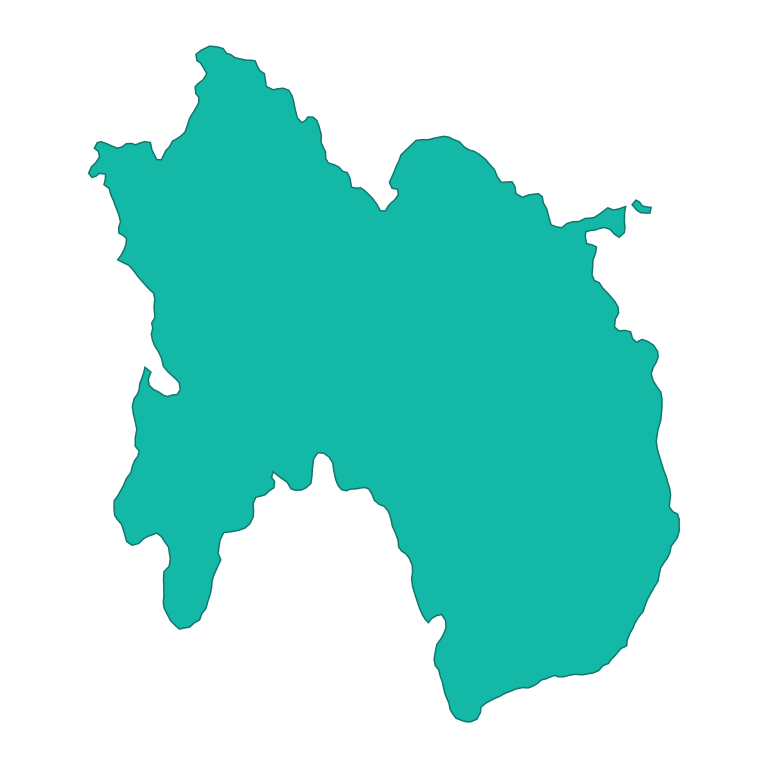 Ferros, Minas Gerais, Brazil
{"feature_id": "56859067B7555169296661", "entity_name": "Ferros", "entity_type": "district", "adm_level": 2, "iso_a3": "BRA", "parent_name": "Brazil", "parent_adm1": "Minas Gerais", "projection": "equal_earth", "projection_center": [-42.959, -19.247], "detail": "fine", "context": "isolated", "style": "filled", "palette": "teal", "viewbox_px": 768, "rotation_deg": 0, "n_neighbors": 0, "source": "geoboundaries", "source_scale": "gbopen_adm2", "svg_char_len": 5995}
<svg xmlns="http://www.w3.org/2000/svg" viewBox="0 0 768 768"><path d="M598.6,670.6L603.2,665.5L608.4,663.5L611.5,659.0L615.4,655.2L620.8,648.6L626.7,645.8L627.2,640.1L629.6,634.0L632.8,628.4L634.7,623.5L638.2,617.6L643.1,611.5L644.8,606.3L647.3,599.6L651.3,592.4L653.9,587.7L658.0,581.0L659.3,573.7L660.6,568.0L664.1,562.4L667.0,558.5L669.6,553.4L671.2,546.1L674.4,541.8L677.3,537.6L679.4,530.5L679.1,524.9L679.2,519.2L677.4,513.9L672.8,511.7L669.3,506.9L669.8,501.2L670.6,495.3L669.6,488.0L667.7,482.4L666.3,476.9L663.9,470.8L661.8,464.1L659.1,455.3L657.2,448.5L656.2,440.9L657.9,430.2L660.6,420.9L661.5,412.8L662.0,406.7L662.0,399.2L660.8,392.1L657.1,387.1L653.2,380.8L651.2,373.8L653.2,367.4L656.4,362.0L658.1,357.2L657.7,351.6L653.3,345.0L647.7,341.4L642.2,339.4L636.3,342.2L632.5,338.5L630.6,331.8L624.8,330.4L619.0,330.9L614.5,327.0L615.3,319.1L618.6,313.1L618.0,307.0L615.0,301.7L611.1,297.1L607.1,292.6L602.7,288.1L599.2,282.7L594.3,280.5L592.0,274.8L592.6,268.3L592.9,260.2L595.6,252.9L596.4,246.9L592.2,244.9L586.6,243.6L585.3,237.1L585.7,231.9L589.7,230.6L595.2,230.0L599.4,228.5L604.4,227.5L610.1,229.4L614.3,234.0L619.1,237.3L624.3,232.6L625.0,227.2L624.4,221.6L624.6,212.6L625.6,206.5L618.9,208.9L613.4,210.0L607.8,207.8L603.1,211.4L598.5,214.8L594.1,217.5L589.9,218.2L585.1,218.4L579.2,221.5L572.7,221.8L566.9,223.5L561.7,227.8L556.7,226.9L551.1,224.9L548.7,216.5L546.8,209.2L543.3,202.7L542.3,196.8L538.5,193.7L529.5,194.7L522.3,197.3L516.0,193.6L514.8,186.3L512.0,181.8L507.0,182.0L501.3,182.4L497.3,176.8L494.4,169.6L489.8,164.6L485.8,159.7L479.7,154.7L474.2,151.3L469.8,150.2L464.5,147.3L459.3,141.7L453.9,139.7L449.0,137.2L443.6,136.3L439.0,137.2L434.6,138.1L428.6,139.7L421.6,139.7L416.1,140.4L411.7,144.6L406.8,149.3L400.9,155.0L398.7,161.7L396.4,165.8L394.2,171.6L391.5,177.9L389.4,182.4L392.1,188.3L397.6,189.2L398.4,194.7L394.8,199.8L390.9,203.1L387.9,206.5L385.6,210.8L380.4,210.8L376.7,204.1L372.8,198.7L368.1,193.9L364.6,190.5L360.6,187.8L356.4,188.3L351.4,187.1L350.1,178.4L347.3,172.7L342.6,171.3L339.0,167.1L334.3,164.8L328.3,162.9L325.6,158.3L325.6,151.9L323.2,147.3L321.1,142.4L321.3,134.9L319.0,126.2L316.9,120.6L313.1,117.2L307.9,116.9L305.4,120.6L301.8,122.5L297.4,118.0L295.1,109.0L293.7,101.9L292.2,96.0L288.7,90.2L282.9,88.2L277.0,88.9L273.2,89.8L266.3,86.4L265.3,79.7L264.4,73.8L259.6,70.4L257.2,65.9L255.2,61.0L251.2,60.2L246.8,60.2L241.1,59.1L235.0,57.7L230.6,54.5L226.5,53.4L223.2,48.6L217.8,47.0L209.6,46.1L204.9,48.4L200.6,50.6L195.9,54.5L197.0,60.7L200.5,63.0L203.3,67.5L206.8,73.7L203.3,79.6L198.5,83.3L195.1,86.8L195.8,93.5L199.1,97.7L198.5,103.3L194.6,110.2L189.9,117.7L187.4,125.3L185.0,132.1L181.1,135.8L177.2,138.6L172.4,141.2L169.7,146.5L165.8,150.7L163.6,155.2L161.3,159.8L156.9,159.7L154.6,155.3L152.0,150.2L150.4,142.6L144.9,141.7L140.1,142.9L135.7,144.8L131.6,143.5L126.2,143.7L122.0,146.9L117.6,148.2L112.3,146.2L106.7,143.7L101.2,141.7L97.3,142.6L94.3,148.2L98.3,151.4L99.6,156.7L96.0,162.4L91.4,166.9L88.6,173.2L92.0,177.5L96.0,176.1L99.2,173.4L105.6,174.1L105.3,179.3L104.0,184.7L109.2,188.5L111.0,195.3L113.4,200.4L115.5,206.3L118.9,214.8L120.5,222.0L118.7,227.2L118.9,233.1L122.9,235.3L126.5,238.4L126.0,244.1L124.4,248.9L121.5,254.6L117.7,259.8L123.3,262.7L128.8,265.2L133.2,270.1L137.8,276.3L143.3,282.7L146.9,286.8L150.2,290.1L153.5,293.1L154.8,298.8L154.0,307.5L155.0,317.4L151.7,323.0L152.8,328.4L151.3,334.1L152.6,340.5L154.9,346.2L158.6,351.8L161.7,358.8L163.3,366.2L168.0,371.9L172.7,376.1L176.3,379.4L179.3,382.9L180.2,389.8L177.1,394.6L172.5,395.0L167.3,396.6L163.3,395.2L158.9,392.1L153.4,389.4L149.2,385.3L148.2,379.5L150.9,372.1L145.0,367.3L143.6,373.2L141.5,379.2L139.7,384.0L139.1,390.1L137.2,394.6L134.1,398.6L132.4,406.3L133.3,413.5L135.3,421.8L136.8,429.4L135.3,437.6L135.2,446.1L139.2,451.0L137.9,456.2L134.8,460.3L132.5,465.9L130.9,472.5L126.2,478.9L123.8,484.9L120.9,490.2L117.8,495.8L114.2,500.6L114.0,507.8L114.6,515.3L117.4,519.5L121.6,524.4L124.3,532.8L126.6,541.5L132.0,545.2L138.7,543.5L143.2,539.0L147.4,536.5L151.4,535.1L157.0,533.2L161.6,536.8L164.6,541.6L168.6,547.2L169.4,553.4L170.3,558.5L169.2,566.3L164.0,571.7L163.5,578.7L163.8,586.3L163.9,595.4L163.3,602.1L164.0,607.7L166.9,613.7L170.7,620.8L175.6,625.8L179.5,629.1L184.1,628.0L189.5,627.2L194.4,622.8L199.6,619.9L201.6,614.0L206.0,608.3L207.9,601.2L210.4,593.5L211.6,587.4L212.0,581.8L213.3,576.4L216.0,570.3L218.7,564.3L220.8,559.8L218.1,553.4L219.1,546.0L220.0,540.1L223.8,532.5L232.1,531.6L238.7,530.3L245.1,528.0L249.8,523.8L253.3,516.7L253.6,510.2L253.1,503.7L255.8,497.2L260.7,496.1L265.3,494.7L269.3,490.8L273.9,487.7L274.6,481.5L271.6,477.3L273.3,471.7L277.5,475.3L282.1,478.7L287.2,482.3L291.1,488.9L295.2,490.2L301.4,490.0L306.2,487.7L310.9,483.4L311.9,476.4L312.4,468.6L313.6,459.0L317.7,452.8L323.5,453.1L329.0,456.9L332.7,462.9L333.8,470.8L335.8,479.8L338.2,485.7L341.6,489.7L346.3,490.8L350.4,489.1L356.0,488.9L360.6,488.0L364.6,487.5L368.6,488.8L372.0,494.2L374.4,500.4L379.1,504.3L384.3,506.4L387.9,510.8L390.0,515.6L391.3,520.7L392.3,526.0L395.3,532.5L398.1,540.2L398.6,546.9L401.7,551.2L405.7,553.7L409.1,557.9L412.2,565.0L412.6,572.5L411.6,578.5L412.6,586.6L414.6,593.1L416.7,599.8L419.6,608.4L422.5,614.9L425.3,619.4L428.4,622.7L431.6,618.5L436.4,615.7L441.6,614.5L445.6,620.5L446.0,627.8L443.3,634.8L440.8,639.0L436.8,644.6L435.1,652.9L434.1,659.3L435.3,665.6L438.7,669.8L440.2,676.0L442.2,681.4L443.5,687.6L445.0,693.7L446.9,698.5L449.0,703.0L450.0,709.2L452.5,713.5L456.1,718.3L462.4,720.7L466.8,721.9L471.0,721.7L476.9,719.1L480.4,712.6L481.0,707.2L485.5,703.4L490.3,700.7L494.9,698.3L499.9,696.3L504.5,693.5L510.1,691.4L515.7,689.0L522.6,687.6L528.2,687.9L532.9,686.1L536.9,683.8L541.5,679.9L546.1,678.8L549.9,677.1L554.3,675.4L558.7,676.8L563.3,676.8L568.5,675.5L574.7,674.3L582.4,674.8L586.6,674.0L592.9,673.0L598.6,670.6ZM651.1,207.4L646.2,206.9L642.2,205.8L639.5,202.0L635.9,200.1L632.1,204.7L636.6,210.0L640.5,212.6L645.1,213.0L649.9,213.1L651.1,207.4Z" fill="#14b8a6" stroke="#0f766e" stroke-width="1.5"/></svg>